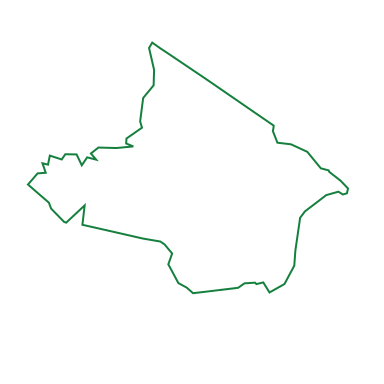 outline of Asan, Guam, rotated 132°
{"feature_id": "77769853B60030225466541", "entity_name": "Asan", "entity_type": "district", "adm_level": 2, "iso_a3": "GUM", "parent_name": "Guam", "parent_adm1": "", "projection": "robinson", "projection_center": [144.726, 13.457], "detail": "fine", "context": "isolated", "style": "outline", "palette": "green", "viewbox_px": 384, "rotation_deg": 132, "n_neighbors": 0, "source": "geoboundaries", "source_scale": "gbopen_adm2", "svg_char_len": 1006}
<svg xmlns="http://www.w3.org/2000/svg" viewBox="0 0 384 384"><g transform="rotate(132 192 192)"><path d="M198.5,61.7L178.3,66.7L168.8,74.1L166.5,75.9L138.8,94.4L130.8,95.1L118.2,92.7L104.6,90.2L93.8,83.4L92.9,78.2L89.3,76.0L85.0,78.4L84.2,88.9L85.2,103.5L84.5,104.9L88.2,112.1L85.0,133.2L90.3,150.3L98.2,161.5L92.6,172.7L90.2,174.1L88.0,175.7L91.2,199.9L98.1,252.9L100.2,268.0L105.4,304.8L106.4,311.4L107.6,321.5L113.7,320.3L126.6,301.9L138.4,291.9L154.8,291.2L174.2,277.8L177.7,272.2L196.1,276.5L200.0,273.4L197.4,266.1L209.9,277.6L221.6,291.3L231.0,292.9L232.1,284.9L236.4,293.1L245.9,291.8L241.3,302.9L248.7,311.4L255.0,310.6L260.1,322.0L268.0,317.3L270.7,322.3L275.6,313.6L281.5,319.2L296.2,318.9L295.7,291.2L298.6,285.6L299.8,267.1L299.0,265.0L273.8,262.8L289.7,251.5L259.6,197.6L250.0,182.4L249.3,177.4L251.0,165.6L261.6,161.2L268.8,141.2L266.6,132.0L266.5,123.5L232.3,93.6L224.8,91.9L217.2,84.5L217.3,82.5L211.5,78.5L214.8,67.2L198.5,61.7Z" fill="none" stroke="#15803d" stroke-width="2"/></g></svg>